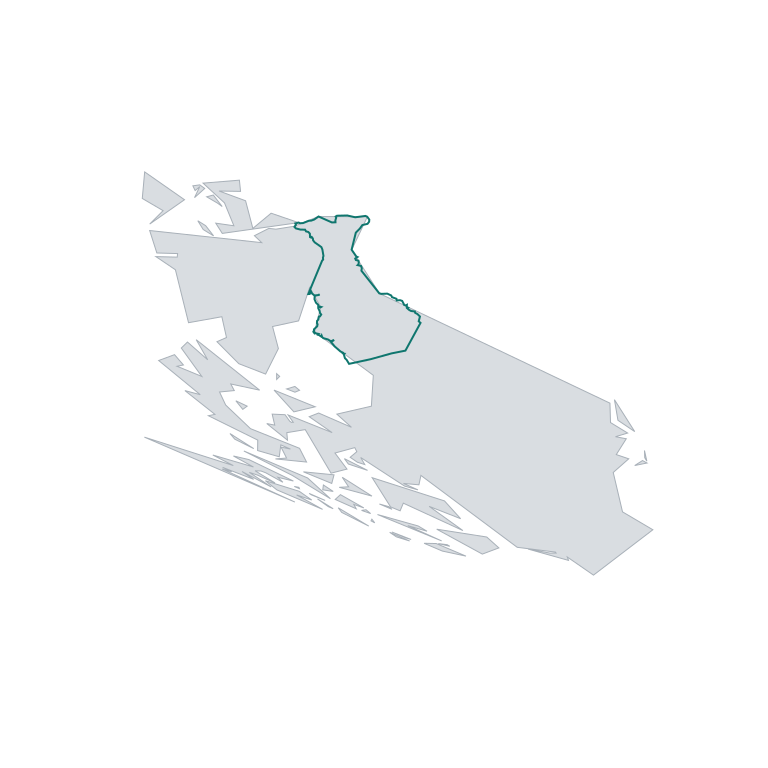 Canada, with Ontario highlighted, rotated 204°
{"feature_id": "CAN-682", "entity_name": "Ontario", "entity_type": "Province", "adm_level": 1, "iso_a3": "CAN", "parent_name": "Canada", "parent_adm1": "", "projection": "equal_earth", "projection_center": [-83.246, 49.265], "detail": "medium", "context": "in_parent", "style": "outline", "palette": "teal", "viewbox_px": 768, "rotation_deg": 204, "n_neighbors": 0, "source": "natural_earth", "source_scale": "10m", "svg_char_len": 5652}
<svg xmlns="http://www.w3.org/2000/svg" viewBox="0 0 768 768"><g transform="rotate(204 384 384)"><path d="M138.6,396.4L114.1,364.2L79.1,360.2L114.9,294.6L146.2,300.5L143.7,297.9L185.3,291.8L163.7,297.0L158.0,299.5L159.0,300.2L195.9,289.0L313.1,315.5L311.1,306.1L325.8,301.1L309.9,301.1L323.7,299.1L375.4,307.4L368.8,302.6L376.5,301.7L385.1,303.3L381.3,311.1L384.8,314.0L400.7,301.0L383.2,291.2L396.1,281.0L437.4,310.3L453.0,300.0L449.3,293.4L475.0,300.2L467.1,302.0L473.9,311.0L461.9,315.7L454.9,311.6L453.0,311.3L451.3,312.1L459.0,316.7L411.6,318.5L439.0,323.7L431.9,330.9L396.1,331.2L414.8,337.3L386.5,358.6L397.3,387.6L468.8,403.4L473.0,428.5L491.2,441.9L487.7,406.9L509.2,391.2L494.9,373.4L496.2,344.9L524.9,343.5L553.8,354.7L546.8,362.4L559.5,379.5L587.5,360.5L621.0,403.5L644.2,407.6L624.5,415.8L625.6,419.2L644.8,411.3L660.5,428.9L553.2,463.4L562.7,466.8L552.5,479.3L545.7,481.5L530.3,491.5L512.1,510.3L467.2,530.0L468.1,493.3L424.9,464.8L169.8,458.4L161.4,440.9L141.5,438.3L151.1,430.0L140.4,432.5L143.1,414.0L130.0,415.2L138.6,396.4ZM443.0,286.5L453.5,286.4L450.1,274.9L472.4,271.8L476.5,281.4L531.5,283.6L526.1,287.5L563.2,297.0L547.5,299.5L599.4,313.8L587.3,325.6L575.0,319.8L580.3,316.0L553.5,316.8L583.8,334.4L580.6,342.4L554.9,334.4L573.6,348.1L495.1,327.8L524.0,321.7L518.1,317.1L531.0,309.8L520.1,300.4L487.8,288.9L435.0,290.9L423.0,281.2L452.7,271.4L442.9,276.7L452.4,284.5L443.0,286.5ZM417.4,239.9L581.3,238.0L488.5,248.2L511.5,249.5L469.5,255.1L492.3,257.0L476.7,260.0L427.3,258.5L443.0,255.6L436.4,253.1L456.0,254.8L460.9,254.5L466.5,252.3L443.3,249.3L462.8,249.3L471.1,248.5L445.2,244.1L478.1,246.3L464.3,243.9L497.5,242.2L487.4,241.9L497.3,240.5L417.4,239.9ZM252.3,282.2L317.9,283.0L317.7,274.7L328.0,274.4L356.7,293.6L281.2,301.8L259.2,292.1L293.0,290.6L252.3,282.2ZM585.0,495.1L567.1,472.8L556.6,494.1L527.6,496.7L593.0,455.8L603.1,462.5L585.5,467.5L603.4,484.6L631.0,493.9L599.0,511.4L593.4,501.6L613.2,493.2L585.0,495.1ZM225.0,268.6L276.8,272.8L227.9,286.0L212.4,281.0L225.0,268.6ZM389.1,244.5L438.8,243.7L453.0,247.4L417.7,251.5L402.8,248.6L418.7,247.1L389.1,244.5ZM386.3,257.4L430.7,263.2L484.8,265.8L415.6,267.1L386.3,257.4ZM267.5,264.1L336.9,262.1L295.0,268.2L284.8,267.0L304.7,264.3L267.5,264.1ZM663.1,434.8L656.3,452.5L680.3,455.2L688.9,480.4L641.2,471.2L663.1,434.8ZM349.4,276.7L382.9,271.4L374.5,275.7L384.2,281.8L349.4,276.7ZM437.6,335.2L455.0,321.9L482.0,333.7L437.6,335.2ZM391.3,271.9L421.9,271.0L392.7,280.7L391.3,271.9ZM282.6,254.8L271.4,259.5L239.1,260.1L262.8,255.1L282.6,254.8ZM381.6,258.7L378.8,265.2L352.0,262.6L362.6,261.7L358.6,258.7L381.6,258.7ZM340.1,248.0L370.4,249.5L375.5,252.3L340.1,248.0ZM135.6,442.5L155.5,446.0L167.1,463.4L135.6,442.5ZM476.7,272.0L497.9,272.9L504.6,276.1L476.7,272.0ZM363.9,298.4L384.0,296.4L389.8,299.7L363.9,298.4ZM396.9,262.4L398.3,267.1L386.7,265.2L396.9,262.4ZM385.0,249.3L398.1,252.0L379.7,249.4L385.0,249.3ZM502.7,303.4L512.5,308.4L500.0,308.1L502.7,303.4ZM301.7,252.2L316.6,252.0L296.0,253.0L301.7,252.2ZM339.4,272.5L329.9,273.9L325.7,272.8L339.4,272.5ZM632.9,477.2L632.6,489.4L635.2,483.9L639.2,487.3L633.3,491.0L627.3,489.7L632.9,477.2ZM310.5,249.4L318.5,250.8L296.7,251.0L310.5,249.4ZM620.5,457.4L611.3,456.1L599.9,450.0L612.0,451.6L620.5,457.4ZM470.9,339.9L464.4,345.5L458.6,343.9L462.0,340.3L470.9,339.9ZM111.6,418.8L121.8,411.5L116.7,419.2L111.6,418.8ZM390.4,253.7L405.4,253.2L407.9,253.6L390.4,253.7ZM353.1,259.4L349.3,261.8L343.5,260.2L353.1,259.4ZM604.0,480.3L609.5,481.5L622.1,482.9L616.8,487.2L604.0,480.3ZM483.9,344.5L486.3,349.8L482.4,348.5L483.9,344.5ZM269.5,260.3L261.0,262.9L257.9,262.5L269.5,260.3ZM424.3,253.9L419.7,255.0L418.7,254.0L424.3,253.9ZM340.2,253.7L340.1,255.6L336.0,253.4L340.2,253.7ZM112.5,420.4L115.8,422.7L119.0,429.2L112.5,420.4Z" fill="#d9dde1" stroke="#a8b0b8" stroke-width="1"/><path d="M417.7,467.9L413.4,467.8L412.0,466.6L407.3,466.9L406.4,465.5L403.4,467.1L401.2,467.3L397.6,464.4L396.1,464.6L395.3,465.6L394.6,463.6L393.0,463.5L393.5,462.6L391.2,461.9L389.0,461.7L385.3,462.8L384.5,461.7L381.9,461.5L378.6,460.3L377.8,455.4L375.5,454.7L378.0,423.2L389.6,415.0L406.2,401.3L424.1,388.2L428.0,390.9L430.2,391.7L432.8,394.8L432.6,395.4L433.4,395.1L434.4,395.4L434.3,395.9L437.0,396.0L444.4,398.3L449.8,401.0L447.9,403.1L447.7,404.0L449.3,401.9L450.3,401.5L453.4,401.9L458.1,401.2L460.3,402.0L460.7,402.4L460.5,402.7L460.7,402.9L460.7,402.4L460.5,402.0L459.6,401.6L463.3,402.3L464.8,402.0L465.3,402.5L464.9,403.0L467.1,402.5L469.4,403.4L469.1,402.6L469.8,403.0L469.7,404.6L470.2,405.5L468.5,409.5L469.0,411.6L470.0,412.2L470.8,414.4L470.2,416.2L470.9,419.0L470.0,419.7L469.6,421.9L471.5,423.0L472.4,424.4L474.9,426.5L475.5,427.8L473.1,428.2L472.7,428.8L475.3,428.4L476.4,429.6L479.2,430.6L482.0,433.2L483.2,436.4L479.1,439.4L479.6,439.2L479.5,439.6L480.2,438.5L483.5,436.6L486.4,437.3L489.9,440.2L490.7,471.6L490.2,472.9L491.2,474.6L491.4,476.4L495.0,481.8L496.9,483.6L504.9,485.2L507.2,486.4L508.2,488.0L510.0,489.0L510.6,488.8L510.5,488.1L511.3,488.1L512.9,491.2L515.0,492.1L517.3,491.7L518.9,492.9L523.0,491.1L527.8,490.3L529.7,491.1L529.2,493.6L530.3,494.6L527.6,496.8L526.1,496.7L523.4,498.1L519.0,502.6L517.0,503.6L514.7,505.8L511.9,510.4L497.3,510.4L494.1,512.0L495.0,513.8L495.3,516.5L496.3,517.3L495.4,518.6L486.1,523.0L478.1,524.6L469.3,530.0L467.4,530.0L464.3,528.2L463.6,526.2L464.2,523.6L468.4,520.4L469.3,516.1L471.3,510.8L468.2,493.5L461.1,489.2L459.9,489.2L461.3,486.9L460.1,485.8L457.5,486.3L456.5,484.8L456.0,482.8L456.4,481.9L453.0,482.5L451.4,480.8L450.7,478.3L425.2,464.9L423.0,465.3L417.7,467.9ZM489.9,440.0L488.2,437.9L488.5,436.0L489.7,435.4L489.9,440.0Z" fill="none" stroke="#0f766e" stroke-width="2"/></g></svg>